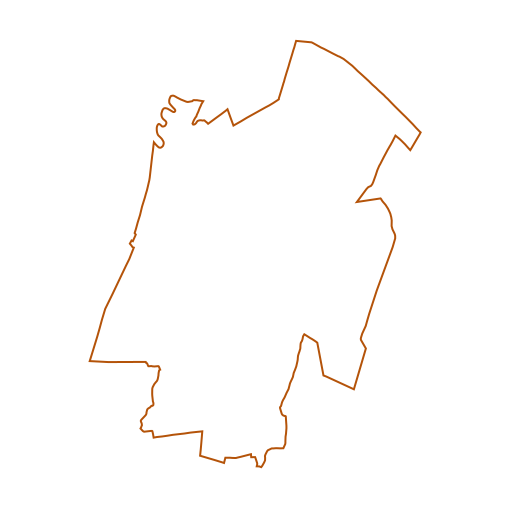 Soc Trang, Sóc Trăng, Vietnam, rotated 175°
{"feature_id": "81297802B1985987011497", "entity_name": "Soc Trang", "entity_type": "district", "adm_level": 2, "iso_a3": "VNM", "parent_name": "Vietnam", "parent_adm1": "Sóc Trăng", "projection": "equal_earth", "projection_center": [105.991, 9.61], "detail": "fine", "context": "isolated", "style": "outline", "palette": "amber", "viewbox_px": 512, "rotation_deg": 175, "n_neighbors": 0, "source": "geoboundaries", "source_scale": "gbopen_adm2", "svg_char_len": 6059}
<svg xmlns="http://www.w3.org/2000/svg" viewBox="0 0 512 512"><g transform="rotate(175 256 256)"><path d="M126.2,301.5L126.9,302.5L150.8,301.0L140.1,313.1L138.2,314.8L135.4,315.8L134.0,317.3L132.9,319.2L129.6,326.3L127.7,330.8L125.5,334.9L125.0,335.7L124.5,336.3L120.2,343.2L117.9,346.7L115.7,350.1L114.0,352.5L113.2,353.7L112.7,354.3L110.0,358.3L106.6,363.8L102.6,359.9L101.0,358.1L97.8,354.3L95.1,350.6L93.1,348.0L91.4,350.3L85.5,358.6L82.4,362.9L81.2,364.8L82.0,365.6L85.2,369.5L88.3,373.6L94.8,381.5L98.1,385.3L104.7,393.1L107.9,397.0L111.0,400.9L113.1,403.2L114.5,405.0L118.1,408.8L120.0,410.9L121.6,412.8L125.2,416.6L128.4,420.4L135.0,427.6L138.6,431.4L140.7,433.9L143.5,437.1L151.6,444.7L155.6,447.4L156.6,447.8L161.6,450.9L166.6,454.1L170.2,456.4L173.2,458.1L180.4,463.0L182.0,464.0L197.3,466.8L198.5,463.7L199.6,460.7L200.9,457.7L202.1,454.6L205.8,445.4L207.0,442.2L208.1,439.5L209.4,436.4L211.9,430.1L213.0,427.0L213.5,426.0L214.3,423.9L218.2,414.2L219.4,411.3L219.6,410.1L221.4,409.1L225.5,406.9L229.8,404.8L233.4,403.3L253.1,394.5L259.6,391.3L267.1,387.9L269.3,396.0L271.6,404.7L273.4,403.4L278.5,400.2L283.5,397.2L287.9,394.5L292.2,391.9L293.5,393.5L294.4,394.3L295.4,395.4L295.7,395.6L295.9,395.7L296.8,395.6L297.5,395.6L298.4,395.9L299.1,396.0L300.0,396.1L301.0,396.0L302.4,395.6L303.3,394.7L304.1,393.6L305.4,392.6L306.1,392.4L307.1,392.4L307.7,393.4L306.9,395.1L306.1,396.6L305.0,398.2L304.2,399.3L303.7,399.8L303.3,400.1L303.0,401.0L302.4,402.2L300.9,404.8L299.8,407.1L299.2,408.3L297.9,410.5L297.1,412.1L295.1,414.8L299.5,415.9L301.0,416.3L303.0,416.5L304.0,416.7L304.7,416.7L305.3,416.4L305.7,416.0L306.0,415.8L308.9,415.5L310.1,415.4L311.1,415.5L312.0,415.8L317.3,418.5L320.8,420.7L322.3,421.8L322.8,422.1L323.6,422.6L324.3,422.9L325.0,423.0L325.6,423.0L326.4,422.8L327.0,422.6L327.6,421.7L328.2,420.6L328.7,419.4L328.9,418.6L329.0,417.2L329.0,416.2L328.8,415.6L328.2,414.5L327.5,413.5L325.6,411.0L324.2,409.3L323.8,408.5L323.8,407.6L324.1,407.1L324.5,406.8L324.9,406.6L325.5,406.6L326.1,406.8L327.0,407.4L328.6,408.6L331.3,410.5L332.1,410.8L333.0,411.1L333.7,411.2L334.4,411.2L335.1,410.9L335.7,410.4L336.4,409.6L337.1,408.0L337.7,406.5L337.9,405.4L337.9,404.4L337.8,403.3L337.5,402.3L336.9,401.1L336.3,400.3L335.0,399.0L334.4,398.4L333.9,397.6L333.7,396.9L333.7,396.2L334.0,395.4L334.4,394.7L335.0,393.9L335.7,393.4L336.8,393.1L337.7,393.1L338.4,393.4L339.4,394.6L340.2,395.4L340.7,395.8L341.2,396.0L341.7,395.9L342.4,395.3L343.1,394.2L343.6,392.8L343.8,391.5L343.9,389.5L343.8,387.9L343.5,386.4L343.2,385.4L342.6,384.4L341.5,383.2L340.5,382.0L339.7,381.0L338.7,379.1L338.2,377.9L338.1,376.9L338.2,375.8L338.5,375.0L339.0,373.9L340.0,373.0L341.0,372.4L341.8,372.2L342.5,372.3L343.4,372.7L344.2,373.5L345.1,374.5L346.5,376.3L347.8,378.2L348.5,375.1L349.6,369.5L350.6,365.2L355.0,343.5L355.7,340.7L356.2,339.2L356.7,337.7L357.6,334.9L358.9,331.0L360.3,327.5L361.7,323.7L364.5,316.9L365.3,314.9L368.0,306.8L370.9,299.8L373.1,293.8L374.9,289.4L373.9,287.8L374.7,286.3L377.4,281.5L378.6,282.3L380.6,279.3L379.2,277.3L378.3,275.7L377.5,275.2L377.0,275.0L382.5,264.0L386.4,257.6L402.5,230.2L410.8,216.5L415.0,206.0L418.0,197.8L421.1,189.7L426.2,177.1L430.8,165.8L412.3,163.2L375.1,160.1L375.0,159.6L374.9,159.3L374.4,158.9L374.0,158.7L373.8,158.4L373.3,156.8L373.0,155.9L372.8,155.6L371.8,155.5L371.0,155.5L370.3,155.5L369.9,155.5L368.7,155.1L366.7,154.8L363.3,154.8L362.7,154.7L362.4,154.3L361.4,151.1L362.0,150.9L362.3,150.6L362.6,150.1L362.8,149.4L363.2,148.0L363.4,146.9L363.6,145.5L364.4,142.7L364.8,141.5L365.3,140.6L365.8,139.9L366.8,139.0L368.5,137.2L370.3,134.4L370.8,133.2L371.0,132.1L371.4,128.1L371.5,126.6L371.5,125.4L371.4,121.0L371.4,120.2L371.1,119.0L371.0,118.2L371.2,116.9L371.3,116.5L372.1,115.8L372.8,115.9L373.4,115.7L374.8,114.4L376.5,113.6L377.2,113.1L377.6,112.7L378.0,111.9L378.7,109.8L378.9,108.6L379.2,107.9L379.5,107.4L380.3,106.6L384.1,103.2L384.7,102.6L385.0,102.2L385.1,101.7L385.1,101.2L385.0,100.8L384.5,99.4L384.4,98.3L384.4,97.3L384.7,96.8L385.4,95.3L386.1,94.2L383.9,91.4L382.8,90.7L375.7,90.9L374.8,90.8L374.5,90.5L374.1,87.7L373.8,84.0L370.6,84.3L365.1,84.4L359.7,84.7L354.4,85.1L342.6,85.4L336.6,85.8L324.8,86.0L325.4,82.5L326.6,75.5L327.9,68.1L329.1,61.9L320.2,58.4L315.6,56.6L307.7,53.4L305.9,52.6L304.1,57.7L299.5,57.3L297.2,56.9L293.7,56.5L292.0,56.8L288.5,57.3L278.3,59.0L278.3,56.0L274.4,55.7L273.7,53.0L273.2,50.8L272.9,49.5L272.9,48.9L273.0,48.3L273.6,46.4L271.1,46.1L269.2,45.2L268.1,46.4L265.9,49.6L264.8,51.6L264.5,54.1L264.5,56.0L263.9,57.4L263.3,58.4L262.8,59.2L262.0,60.5L261.5,61.0L261.0,61.5L259.3,62.1L257.8,62.7L257.3,62.9L256.7,62.9L255.7,62.8L252.7,62.8L248.8,62.3L247.4,62.2L245.5,62.1L243.9,65.0L243.4,65.8L243.0,67.2L242.9,68.6L242.3,73.5L241.6,76.3L241.1,79.3L240.7,81.7L240.5,84.1L240.3,93.5L240.4,93.8L240.7,94.0L241.3,94.1L242.2,94.5L242.8,94.8L243.5,95.5L243.8,95.9L244.1,96.6L245.0,100.8L245.3,102.4L245.3,102.8L245.2,103.2L245.0,103.5L244.2,104.3L243.9,105.0L243.6,105.8L243.4,106.4L243.0,107.5L242.6,108.4L241.7,110.0L239.8,112.7L237.4,117.1L235.3,120.4L235.1,120.8L234.8,121.7L234.0,123.9L233.6,125.1L233.3,126.0L233.0,126.6L232.3,127.9L230.6,130.8L230.0,131.9L229.7,132.5L229.4,133.6L228.9,135.2L228.7,136.0L228.0,137.4L227.1,139.1L225.5,142.5L224.8,144.7L224.0,147.2L223.5,149.0L223.1,151.5L223.0,152.0L222.8,153.0L222.4,154.0L221.7,155.7L220.9,157.4L220.4,158.8L220.1,159.4L219.9,160.1L219.8,160.8L219.7,161.7L219.5,163.0L219.2,164.7L219.0,165.3L218.8,165.8L218.5,166.2L218.1,166.7L217.7,167.3L217.4,167.9L217.2,168.4L216.9,169.1L216.2,171.6L215.9,172.2L215.6,172.6L215.3,173.0L214.7,173.8L212.3,172.0L209.1,169.5L207.6,168.5L205.9,167.2L203.8,165.5L202.5,164.3L199.2,131.1L196.5,129.8L170.1,114.7L154.6,154.3L158.8,163.3L158.8,164.6L158.3,166.1L156.9,169.5L152.8,176.7L150.7,182.3L148.2,188.7L138.7,211.1L119.1,252.9L115.8,261.4L115.6,263.9L115.8,265.5L116.4,267.3L117.7,270.6L118.3,274.0L117.7,279.6L117.9,282.9L118.2,284.6L118.4,286.0L118.9,287.7L120.4,291.7L122.5,295.7L125.1,299.3L126.0,300.9L126.2,301.5Z" fill="none" stroke="#b45309" stroke-width="2"/></g></svg>